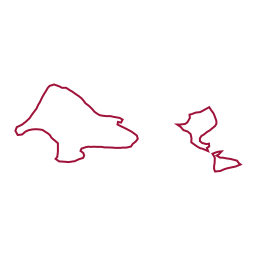 Agios Andronikos Karpasias, Cyprus (Mercator projection)
{"feature_id": "46923920B74811643881920", "entity_name": "Agios Andronikos Karpasias", "entity_type": "district", "adm_level": 2, "iso_a3": "CYP", "parent_name": "Cyprus", "parent_adm1": "", "projection": "mercator", "projection_center": [34.203, 35.502], "detail": "fine", "context": "isolated", "style": "outline", "palette": "rose", "viewbox_px": 256, "rotation_deg": 0, "n_neighbors": 0, "source": "geoboundaries", "source_scale": "gbopen_adm2", "svg_char_len": 2024}
<svg xmlns="http://www.w3.org/2000/svg" viewBox="0 0 256 256"><path d="M17.7,135.0L22.1,134.5L25.6,131.5L28.9,130.1L32.6,129.4L35.6,129.2L39.1,129.4L42.4,129.9L44.9,131.5L47.9,133.4L50.0,135.2L51.2,137.4L53.1,139.2L54.9,140.6L57.9,143.2L57.9,148.6L57.9,151.8L57.3,156.8L55.6,158.9L59.1,161.4L64.0,161.7L68.7,162.1L72.4,161.5L74.7,161.2L78.7,159.3L83.1,157.9L84.2,155.6L83.3,153.0L80.5,150.9L81.5,148.6L85.6,147.2L88.4,146.7L90.8,146.9L94.0,146.7L97.0,146.9L101.7,146.9L104.3,147.4L106.8,147.4L112.2,147.6L115.7,147.9L119.6,147.9L122.9,147.6L126.4,147.6L131.0,146.5L132.7,143.9L135.7,141.6L137.8,138.8L136.8,135.5L133.6,133.1L131.3,131.5L126.4,128.9L123.6,127.5L120.6,126.1L117.5,124.5L118.0,121.9L121.0,122.6L122.6,119.6L119.6,117.9L113.3,116.8L110.3,116.1L105.9,116.1L101.9,115.6L99.6,115.1L96.6,113.3L94.3,111.6L92.6,109.5L91.6,108.5L89.1,106.0L85.4,103.2L83.5,100.6L81.5,98.3L78.9,96.2L74.7,93.4L72.1,91.5L70.1,90.4L66.1,87.8L61.9,87.8L59.8,86.6L57.5,85.7L54.0,84.5L49.6,85.9L47.7,88.0L46.1,90.8L44.0,94.1L42.4,96.9L39.8,102.3L38.2,104.9L36.5,108.6L33.7,112.3L32.1,114.4L29.6,118.2L25.6,121.9L21.9,124.7L19.1,126.1L16.8,127.1L15.4,130.8L17.7,135.0ZM189.5,114.7L189.9,117.9L187.3,122.4L185.0,124.0L180.4,124.5L177.1,124.5L180.6,126.8L183.4,130.1L187.6,131.5L190.6,134.1L191.5,138.3L191.3,142.3L193.2,143.7L196.4,146.0L199.9,148.1L202.7,148.8L208.1,151.1L206.9,147.9L209.2,146.5L209.0,143.7L206.4,144.1L202.2,143.0L199.9,141.1L199.9,138.3L201.5,135.9L203.9,134.5L207.4,131.7L209.5,130.6L211.5,128.9L215.0,126.1L216.4,123.8L216.4,121.0L215.3,117.9L214.3,115.1L213.2,112.8L211.5,110.7L209.2,107.2L205.7,109.1L202.5,110.9L200.1,112.1L195.7,112.6L192.0,114.0L189.5,114.7ZM212.5,153.7L214.8,157.7L214.6,163.3L214.1,165.9L214.1,168.9L215.0,171.5L220.2,171.0L224.6,169.1L227.6,168.2L230.9,167.5L235.3,166.6L240.6,164.5L238.8,163.1L237.1,160.7L233.0,159.6L230.2,158.9L226.4,158.4L223.0,157.7L220.2,157.7L216.7,155.6L219.0,154.2L221.6,151.4L219.0,151.6L216.2,152.3L212.5,153.7Z" fill="none" stroke="#9f1239" stroke-width="2"/></svg>